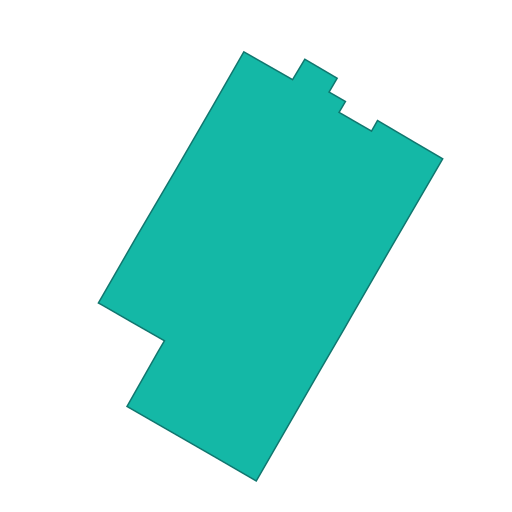 Lamar, Mississippi, United States of America (Albers equal-area conic projection), rotated 210°
{"feature_id": "52423323B33166901073309", "entity_name": "Lamar", "entity_type": "district", "adm_level": 2, "iso_a3": "USA", "parent_name": "United States of America", "parent_adm1": "Mississippi", "projection": "albers", "projection_center": [-89.497, 31.208], "detail": "fine", "context": "isolated", "style": "filled", "palette": "teal", "viewbox_px": 512, "rotation_deg": 210, "n_neighbors": 0, "source": "geoboundaries", "source_scale": "gbopen_adm2", "svg_char_len": 516}
<svg xmlns="http://www.w3.org/2000/svg" viewBox="0 0 512 512"><g transform="rotate(210 256 256)"><path d="M142.9,433.5L175.5,433.7L218.5,434.1L218.4,421.9L232.6,421.9L255.9,421.9L255.8,434.5L274.7,434.5L274.6,450.5L312.1,450.8L312.5,427.0L368.6,426.7L368.4,364.4L368.5,292.1L369.1,212.0L369.0,155.2L369.0,136.5L365.5,136.6L331.3,136.6L292.9,136.8L293.0,124.1L292.5,61.2L192.9,61.4L143.3,61.3L143.4,191.3L143.2,237.4L143.3,252.5L143.3,325.4L142.9,433.5Z" fill="#14b8a6" stroke="#0f766e" stroke-width="1.5"/></g></svg>